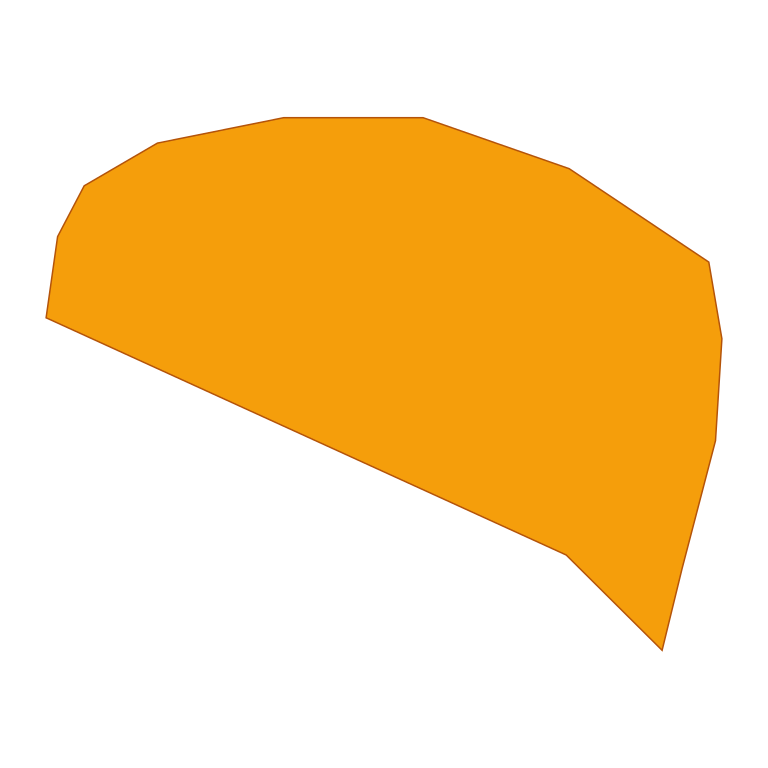 SVG path tracing the border of Southampton
{"feature_id": "GBR-2036", "entity_name": "Southampton", "entity_type": "Unitary Authority", "adm_level": 1, "iso_a3": "GBR", "parent_name": "United Kingdom", "parent_adm1": "", "projection": "natural_earth1", "projection_center": [-1.363, 50.901], "detail": "fine", "context": "isolated", "style": "filled", "palette": "amber", "viewbox_px": 768, "rotation_deg": 0, "n_neighbors": 0, "source": "natural_earth", "source_scale": "10m", "svg_char_len": 297}
<svg xmlns="http://www.w3.org/2000/svg" viewBox="0 0 768 768"><path d="M662.1,650.3L566.2,555.0L46.1,317.8L57.6,236.6L84.2,185.8L157.4,143.1L283.6,117.7L423.1,117.7L569.2,168.7L708.8,262.1L721.9,338.8L715.5,440.7L682.2,568.1L662.1,650.3Z" fill="#f59e0b" stroke="#b45309" stroke-width="1.5"/></svg>